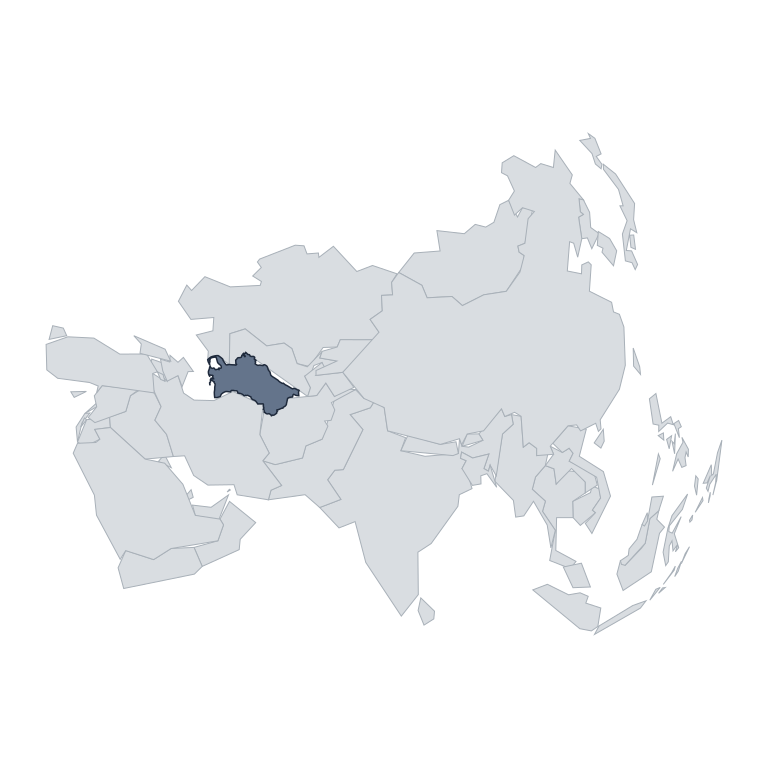 Turkmenistan on a map of Asia (orthographic projection)
{"feature_id": "TKM", "entity_name": "Turkmenistan", "entity_type": "country or territory", "adm_level": 0, "iso_a3": "TKM", "parent_name": "Asia", "parent_adm1": "", "projection": "orthographic", "projection_center": [58.325, 38.975], "detail": "fine", "context": "in_parent", "style": "filled", "palette": "slate", "viewbox_px": 768, "rotation_deg": 0, "n_neighbors": 45, "source": "natural_earth", "source_scale": "50m", "svg_char_len": 17934}
<svg xmlns="http://www.w3.org/2000/svg" viewBox="0 0 768 768"><path d="M397.0,273.8L391.6,282.4L392.6,294.9L381.5,295.4L382.3,310.8L370.1,319.4L379.0,332.2L377.3,339.8L340.3,339.7L337.2,347.0L323.1,347.5L309.6,366.5L297.1,363.6L291.9,348.6L284.1,343.1L266.7,345.9L245.2,328.9L229.9,333.7L229.3,364.6L217.8,355.7L207.7,359.7L208.3,351.2L196.3,335.0L212.9,330.8L213.8,317.5L190.9,319.4L178.4,301.3L186.8,285.1L191.6,290.5L204.9,276.7L230.3,286.9L260.2,285.4L261.4,281.5L252.7,276.0L261.3,267.5L257.4,262.0L259.6,259.1L295.2,245.2L304.0,245.8L307.0,253.9L318.4,253.0L318.9,257.4L333.4,246.3L356.8,271.5L372.5,265.5L397.0,273.8Z" fill="#d9dde1" stroke="#a8b0b8" stroke-width="1"/><path d="M229.3,364.6L229.9,333.7L245.2,328.9L266.7,345.9L284.1,343.1L291.9,348.6L297.1,363.6L307.3,366.8L322.2,351.3L319.8,358.0L336.9,361.0L329.9,368.2L322.5,368.7L322.0,362.5L313.9,365.5L310.1,376.1L304.7,376.2L310.5,387.7L307.7,396.5L246.1,352.7L236.4,364.7L229.3,364.6Z" fill="#d9dde1" stroke="#a8b0b8" stroke-width="1"/><path d="M716.4,481.8L716.4,481.3L712.9,495.1L715.6,482.7L716.3,474.2L709.8,484.2L708.0,491.4L706.3,488.1L710.4,475.5L707.1,482.9L703.2,483.3L711.3,464.7L711.7,475.4L713.4,473.9L717.5,452.8L721.9,440.1L716.7,480.6L716.4,481.8ZM681.5,561.2L678.2,571.3L674.7,576.6L677.7,568.3L681.5,561.2ZM708.4,502.9L708.9,498.6L710.3,492.2L710.1,495.9L708.4,502.9ZM658.8,510.7L656.8,519.3L664.5,527.1L659.5,533.3L651.3,571.8L623.1,590.5L616.9,574.1L620.4,560.7L625.1,565.3L641.4,548.3L645.2,543.3L649.9,518.6L658.8,510.7ZM695.2,512.3L702.5,497.5L703.0,500.6L695.2,512.3ZM692.0,519.9L689.9,522.1L689.5,520.3L692.7,515.0L692.0,519.9ZM695.8,475.8L698.2,478.9L696.6,495.2L694.5,486.1L695.8,475.8ZM672.0,515.6L687.6,494.0L682.4,509.4L669.3,525.9L668.8,531.6L672.2,533.1L681.2,516.6L674.3,533.7L678.7,547.7L675.4,551.8L677.7,544.3L673.0,550.8L672.0,540.8L669.3,545.9L668.3,561.8L665.7,565.6L663.1,552.2L667.9,528.2L672.0,515.6ZM665.2,587.5L658.6,593.3L662.6,587.9L665.2,587.5ZM663.3,584.4L671.7,572.6L675.3,566.1L674.2,570.2L663.3,584.4ZM655.8,589.3L660.2,587.4L649.8,600.2L655.8,589.3ZM599.1,625.9L632.8,605.5L646.0,600.8L640.4,608.1L594.5,634.4L599.1,625.9ZM585.8,603.1L600.8,608.0L597.8,626.5L591.4,630.9L579.8,628.7L532.8,589.9L547.4,584.3L568.6,594.8L580.1,592.8L588.2,596.3L585.8,603.1Z" fill="#d9dde1" stroke="#a8b0b8" stroke-width="1"/><path d="M681.3,563.7L685.2,553.6L689.5,546.7L681.3,563.7Z" fill="#d9dde1" stroke="#a8b0b8" stroke-width="1"/><path d="M89.9,413.0L81.9,423.0L77.5,442.1L76.1,427.0L84.9,413.4L89.9,413.0Z" fill="#d9dde1" stroke="#a8b0b8" stroke-width="1"/><path d="M96.7,406.8L85.1,413.3L96.3,403.3L96.7,406.8Z" fill="#d9dde1" stroke="#a8b0b8" stroke-width="1"/><path d="M86.6,419.7L80.7,427.1L84.4,418.0L86.6,419.7Z" fill="#d9dde1" stroke="#a8b0b8" stroke-width="1"/><path d="M86.6,419.7L109.6,416.9L110.4,427.5L94.7,429.4L99.9,439.2L84.8,446.6L77.5,442.1L86.6,419.7Z" fill="#d9dde1" stroke="#a8b0b8" stroke-width="1"/><path d="M192.5,505.1L211.1,507.3L228.5,494.9L218.4,520.8L195.3,515.4L192.5,505.1Z" fill="#d9dde1" stroke="#a8b0b8" stroke-width="1"/><path d="M186.9,500.5L186.8,494.6L191.1,489.7L193.2,497.3L186.9,500.5Z" fill="#d9dde1" stroke="#a8b0b8" stroke-width="1"/><path d="M164.4,454.3L171.3,467.7L158.3,461.6L164.4,454.3Z" fill="#d9dde1" stroke="#a8b0b8" stroke-width="1"/><path d="M110.4,427.5L109.6,416.9L125.8,411.4L130.4,395.7L141.5,389.0L154.2,392.9L161.1,406.6L154.9,420.2L166.6,434.4L173.4,456.5L145.1,459.1L110.4,427.5Z" fill="#d9dde1" stroke="#a8b0b8" stroke-width="1"/><path d="M220.0,519.1L229.5,501.4L255.7,522.6L240.2,539.3L239.2,549.6L202.2,566.4L194.0,547.4L217.9,540.8L223.5,524.9L220.0,519.1ZM230.3,490.0L227.1,492.0L229.4,489.3L230.3,490.0Z" fill="#d9dde1" stroke="#a8b0b8" stroke-width="1"/><path d="M573.1,517.6L572.7,501.4L590.5,492.6L591.9,485.9L599.5,489.0L600.6,498.1L592.4,510.1L595.5,512.7L580.3,525.4L573.1,517.6Z" fill="#d9dde1" stroke="#a8b0b8" stroke-width="1"/><path d="M585.3,492.9L572.7,501.4L573.1,517.6L556.6,517.6L555.8,550.5L576.0,561.4L570.3,568.6L549.7,560.5L555.3,530.3L542.5,511.4L545.4,501.2L532.3,489.3L535.5,477.0L545.3,465.6L554.0,468.8L556.2,484.1L567.2,470.7L577.3,471.8L585.3,482.1L585.3,492.9Z" fill="#d9dde1" stroke="#a8b0b8" stroke-width="1"/><path d="M597.3,485.1L585.3,492.9L585.3,482.1L571.5,468.5L556.2,484.1L554.0,468.8L545.3,465.6L553.6,454.3L550.2,446.2L562.3,452.5L569.1,448.2L573.1,453.3L569.2,461.2L594.1,473.1L597.3,485.1Z" fill="#d9dde1" stroke="#a8b0b8" stroke-width="1"/><path d="M545.3,465.6L535.5,477.0L532.3,489.3L545.4,501.2L542.5,511.4L555.3,530.3L550.9,547.9L547.2,525.0L533.5,501.3L523.8,515.9L515.7,517.1L513.4,500.4L494.9,481.3L502.5,434.0L513.2,424.2L511.5,414.6L521.1,416.3L523.3,447.2L529.1,442.7L536.7,448.4L536.7,455.6L548.4,451.4L545.3,465.6Z" fill="#d9dde1" stroke="#a8b0b8" stroke-width="1"/><path d="M585.3,523.4L595.5,512.7L592.4,510.1L600.6,498.1L596.6,477.2L569.2,461.2L573.1,453.3L569.1,448.2L562.3,452.5L552.8,443.3L568.0,425.8L586.3,429.1L579.3,456.3L603.4,471.6L610.5,496.1L591.9,533.5L585.3,523.4Z" fill="#d9dde1" stroke="#a8b0b8" stroke-width="1"/><path d="M583.4,199.8L589.6,212.3L590.7,227.5L599.1,233.6L591.8,248.7L587.4,237.9L581.8,238.7L580.7,231.6L578.6,217.2L583.4,214.4L580.3,211.8L579.0,198.7L583.4,199.8Z" fill="#d9dde1" stroke="#a8b0b8" stroke-width="1"/><path d="M597.3,245.4L598.3,231.5L609.6,238.5L616.7,250.8L613.5,265.8L602.0,252.2L603.0,248.2L597.3,245.4Z" fill="#d9dde1" stroke="#a8b0b8" stroke-width="1"/><path d="M398.7,272.5L414.2,253.0L440.1,251.0L436.9,230.6L464.3,233.7L475.2,224.4L485.7,227.1L493.9,222.3L499.9,204.6L508.6,200.3L517.5,217.0L522.5,207.7L532.8,208.9L524.9,243.3L517.9,246.1L519.1,252.1L524.2,255.6L523.0,266.0L506.3,291.3L483.8,294.8L462.4,305.6L452.0,296.5L427.1,297.8L421.9,285.3L398.7,272.5Z" fill="#d9dde1" stroke="#a8b0b8" stroke-width="1"/><path d="M511.5,414.6L513.2,424.2L502.5,434.0L496.3,475.9L490.1,465.1L488.4,471.2L483.9,468.6L488.9,454.0L472.6,458.0L461.6,452.1L460.5,458.3L466.2,460.7L462.0,468.6L466.5,469.2L472.0,488.6L459.3,494.7L457.9,506.3L431.2,543.5L417.9,552.2L418.3,594.6L401.3,616.1L365.8,562.5L355.1,521.6L339.0,527.9L319.7,507.5L340.9,499.4L327.6,479.8L334.8,470.2L343.3,469.6L362.9,429.6L350.1,414.6L370.3,407.8L375.3,399.6L384.2,407.6L387.6,430.8L405.6,437.7L400.9,450.7L425.0,456.3L458.4,453.5L459.5,438.7L462.1,446.3L468.7,447.1L482.9,440.3L478.9,433.9L501.5,408.8L504.8,416.5L511.5,414.6Z" fill="#d9dde1" stroke="#a8b0b8" stroke-width="1"/><path d="M490.1,465.1L496.7,487.3L486.9,473.7L480.8,475.8L481.0,483.9L472.4,485.4L462.0,468.6L466.2,460.7L460.5,458.3L461.6,452.1L472.6,458.0L488.9,454.0L483.9,468.6L488.4,471.2L490.1,465.1Z" fill="#d9dde1" stroke="#a8b0b8" stroke-width="1"/><path d="M478.9,433.9L482.9,440.3L462.1,446.3L467.2,434.0L478.9,433.9Z" fill="#d9dde1" stroke="#a8b0b8" stroke-width="1"/><path d="M456.0,441.8L458.4,453.5L452.9,455.6L400.9,450.7L408.0,435.0L440.4,444.4L456.0,441.8Z" fill="#d9dde1" stroke="#a8b0b8" stroke-width="1"/><path d="M375.3,399.6L370.3,407.8L350.1,414.6L362.9,429.6L343.3,469.6L334.8,470.2L327.6,479.8L340.9,499.4L319.7,507.5L305.1,494.7L268.4,499.8L271.0,490.2L281.6,485.5L262.8,460.8L275.2,464.6L302.5,458.0L305.9,445.9L322.2,439.1L334.8,398.4L355.5,389.6L364.0,398.5L375.3,399.6Z" fill="#d9dde1" stroke="#a8b0b8" stroke-width="1"/><path d="M287.2,398.6L316.7,395.5L325.8,383.0L334.5,396.5L342.8,388.8L355.5,389.6L331.4,402.6L334.8,410.0L331.1,420.3L324.6,421.0L327.9,426.1L322.2,439.1L305.9,445.9L302.5,458.0L275.2,464.6L262.8,460.8L269.2,453.1L259.8,434.6L263.9,412.1L276.1,413.7L287.2,398.6Z" fill="#d9dde1" stroke="#a8b0b8" stroke-width="1"/><path d="M307.7,396.5L310.5,387.7L304.7,376.2L322.0,362.5L325.0,368.1L316.0,375.4L342.8,372.3L353.9,387.4L334.5,396.5L325.8,383.0L316.7,395.5L307.7,396.5Z" fill="#d9dde1" stroke="#a8b0b8" stroke-width="1"/><path d="M322.2,351.3L337.2,347.0L340.3,339.7L377.3,339.8L342.8,372.3L316.0,375.4L316.0,370.5L336.9,361.0L319.8,358.0L322.2,351.3Z" fill="#d9dde1" stroke="#a8b0b8" stroke-width="1"/><path d="M173.4,456.5L166.6,434.4L154.9,420.2L161.1,406.6L151.6,385.7L152.7,373.5L164.8,381.1L178.0,375.6L183.6,393.1L194.0,400.1L214.0,400.6L232.9,391.5L263.1,405.1L259.8,434.6L269.2,453.1L262.8,460.8L281.6,485.5L271.0,490.2L268.4,499.8L237.2,494.8L234.0,484.7L207.9,485.1L193.7,475.5L184.6,455.8L173.4,456.5Z" fill="#d9dde1" stroke="#a8b0b8" stroke-width="1"/><path d="M88.2,417.5L96.7,406.8L94.3,395.8L102.2,385.6L138.5,389.8L130.4,395.7L125.8,411.4L94.9,422.6L88.2,417.5Z" fill="#d9dde1" stroke="#a8b0b8" stroke-width="1"/><path d="M167.2,381.2L151.0,366.2L151.7,359.1L163.6,363.3L167.2,381.2Z" fill="#d9dde1" stroke="#a8b0b8" stroke-width="1"/><path d="M154.2,392.9L102.2,385.6L96.6,392.8L98.2,386.0L89.5,382.5L57.7,378.3L46.8,369.9L46.1,344.4L67.9,336.8L93.9,338.1L119.8,354.1L146.6,354.0L157.4,371.8L152.7,373.5L154.2,392.9ZM52.7,325.7L63.3,328.1L66.7,335.7L49.1,339.4L52.7,325.7Z" fill="#d9dde1" stroke="#a8b0b8" stroke-width="1"/><path d="M434.5,611.2L433.8,618.9L424.0,625.1L418.1,610.5L420.8,597.9L434.5,611.2Z" fill="#d9dde1" stroke="#a8b0b8" stroke-width="1"/><path d="M600.9,448.1L594.2,442.9L603.3,429.3L604.2,441.2L600.9,448.1ZM342.8,372.3L379.0,332.2L370.1,319.4L382.3,310.8L381.5,295.4L392.6,294.9L391.6,282.4L398.7,272.5L421.9,285.3L427.1,297.8L452.0,296.5L462.4,305.6L483.8,294.8L506.3,291.3L520.0,272.0L524.2,255.6L519.1,252.1L517.9,246.1L524.9,243.3L528.1,218.7L534.4,211.5L522.5,207.7L514.5,215.1L508.6,200.3L514.4,191.0L507.5,175.8L501.5,172.7L502.2,162.8L513.8,155.7L535.6,167.5L540.8,163.6L553.4,167.5L555.2,150.1L572.3,174.9L569.9,183.4L583.4,199.8L579.0,198.7L580.3,211.8L583.4,214.4L578.6,217.2L581.8,238.7L577.7,257.2L573.7,243.2L569.6,241.7L567.3,271.0L581.5,273.8L581.8,264.9L588.3,261.9L591.2,264.8L589.4,291.2L611.6,302.3L613.5,311.9L619.4,314.3L623.9,327.0L625.3,365.3L619.4,389.3L600.2,419.8L601.0,428.8L598.4,431.4L595.7,423.3L580.6,430.9L576.6,424.9L568.0,425.8L550.2,446.2L553.6,454.3L536.7,455.6L536.7,448.4L529.1,442.7L523.3,447.2L521.1,416.3L514.6,412.3L504.8,416.5L501.5,408.8L483.6,430.8L467.2,434.0L461.6,444.8L459.5,438.7L440.4,444.4L387.6,430.8L384.2,407.6L364.0,398.5L342.8,372.3Z" fill="#d9dde1" stroke="#a8b0b8" stroke-width="1"/><path d="M633.2,348.0L639.7,366.8L640.5,374.4L633.6,366.1L633.2,348.0Z" fill="#d9dde1" stroke="#a8b0b8" stroke-width="1"/><path d="M170.0,355.3L178.0,362.3L183.4,357.4L193.4,371.5L188.1,371.6L182.1,386.7L178.0,375.6L167.2,381.2L162.8,371.0L160.5,359.2L169.7,362.0L170.0,355.3ZM164.8,381.1L160.6,379.4L157.4,371.8L163.1,374.6L164.8,381.1Z" fill="#d9dde1" stroke="#a8b0b8" stroke-width="1"/><path d="M133.8,335.7L165.1,349.2L170.7,361.2L140.0,353.3L141.3,344.0L133.8,335.7Z" fill="#d9dde1" stroke="#a8b0b8" stroke-width="1"/><path d="M663.8,440.1L658.2,435.6L663.4,432.9L663.8,440.1ZM674.6,453.8L672.0,441.3L674.2,443.7L675.4,433.6L674.6,453.8ZM681.9,437.3L688.4,449.2L688.2,457.0L686.1,452.0L685.0,457.6L686.1,465.6L681.8,467.4L678.1,459.0L672.6,471.3L676.7,453.7L683.0,442.2L681.9,437.3ZM660.2,458.7L652.4,485.1L658.4,453.9L660.2,458.7ZM655.9,393.5L661.9,423.2L670.7,416.7L673.3,424.7L667.6,423.1L658.7,431.5L658.8,425.2L653.1,424.0L649.4,398.8L655.9,393.5ZM669.2,448.8L666.6,439.4L671.6,435.7L669.2,448.8ZM678.6,420.5L681.3,426.7L678.4,428.6L679.4,437.7L673.9,423.6L678.6,420.5Z" fill="#d9dde1" stroke="#a8b0b8" stroke-width="1"/><path d="M563.3,567.0L581.4,563.2L590.4,587.0L573.0,587.7L563.3,567.0ZM658.8,510.7L649.9,518.6L645.2,543.3L625.1,565.3L621.5,564.4L620.4,560.7L628.3,555.4L629.1,548.9L637.0,539.3L642.1,524.5L647.5,520.9L651.9,497.0L663.4,496.2L658.8,510.7Z" fill="#d9dde1" stroke="#a8b0b8" stroke-width="1"/><path d="M647.3,512.7L647.5,520.9L644.5,526.0L642.1,524.5L647.3,512.7Z" fill="#d9dde1" stroke="#a8b0b8" stroke-width="1"/><path d="M615.6,174.0L634.6,203.5L633.6,219.7L636.8,232.7L630.5,228.8L626.3,250.5L631.6,250.9L637.6,264.5L635.2,269.6L632.0,262.7L625.4,260.9L622.4,234.0L627.1,220.7L619.9,205.8L623.1,205.8L618.5,189.4L603.5,169.4L603.3,164.2L615.6,174.0ZM590.5,138.4L588.3,133.6L594.9,138.3L601.1,153.9L596.2,156.4L601.9,164.3L601.1,168.8L595.4,164.0L592.0,153.6L579.8,140.4L590.5,138.4ZM630.9,247.3L629.7,235.2L633.7,235.0L635.5,249.3L630.9,247.3Z" fill="#d9dde1" stroke="#a8b0b8" stroke-width="1"/><path d="M194.0,547.4L202.2,566.4L194.4,574.1L123.7,588.5L118.1,567.8L125.7,550.6L153.6,559.6L171.1,548.5L194.0,547.4Z" fill="#d9dde1" stroke="#a8b0b8" stroke-width="1"/><path d="M77.5,443.3L95.8,442.5L99.9,439.2L94.7,429.4L110.4,427.5L145.1,459.1L164.7,463.2L182.9,484.3L195.3,515.4L220.0,519.1L223.5,524.9L217.9,540.8L171.1,548.5L153.6,559.6L125.7,550.6L120.2,559.3L96.5,515.2L94.4,495.1L73.2,453.2L77.5,443.3Z" fill="#d9dde1" stroke="#a8b0b8" stroke-width="1"/><path d="M86.4,391.4L74.2,397.4L70.8,391.8L86.4,391.4Z" fill="#d9dde1" stroke="#a8b0b8" stroke-width="1"/><path d="M229.4,364.5L231.0,364.7L232.5,364.8L234.4,364.9L234.9,365.0L235.6,365.1L235.9,365.1L236.2,364.8L236.4,364.6L236.6,364.4L236.5,364.2L236.3,364.1L235.9,363.6L235.8,361.7L235.7,360.2L236.1,359.7L236.6,359.3L237.3,358.3L237.7,357.9L238.3,357.7L240.2,357.6L241.0,357.4L241.3,357.1L241.7,356.2L241.8,355.5L242.1,355.2L242.3,354.9L242.6,354.9L243.2,355.1L243.6,355.3L243.9,355.4L244.2,355.7L244.5,356.1L244.5,356.4L244.6,356.6L244.8,356.6L245.0,356.6L245.2,356.3L245.1,356.2L244.8,355.6L244.0,354.6L243.4,354.2L243.2,353.9L243.1,353.7L243.5,353.4L243.8,353.2L244.4,353.4L245.1,353.4L245.5,353.3L245.8,352.5L246.7,353.3L247.6,354.3L247.9,354.5L248.6,354.6L249.1,354.6L249.4,354.7L249.6,354.9L250.1,356.0L250.6,356.3L251.2,356.5L253.1,356.4L253.7,356.5L254.2,356.9L254.5,357.1L254.7,357.3L254.6,357.5L254.5,357.8L254.5,358.3L254.5,358.8L254.3,359.0L254.4,359.3L255.3,359.7L255.7,360.1L255.9,360.3L256.0,360.5L255.8,360.7L255.4,360.6L255.2,360.9L255.2,361.4L255.5,361.9L255.6,362.3L255.4,362.7L255.2,363.3L255.2,363.7L255.3,364.0L256.0,364.4L257.7,365.4L258.0,365.4L259.6,365.1L260.3,365.1L260.7,365.3L261.9,365.4L262.3,365.5L262.7,365.5L263.2,365.5L263.6,365.0L263.7,364.9L263.9,364.8L264.2,364.7L265.2,365.0L266.2,365.6L266.9,366.2L267.2,366.7L267.7,367.8L268.2,369.6L268.9,370.8L269.6,371.3L270.1,372.5L270.7,374.9L271.0,375.4L271.3,375.7L272.1,376.4L273.8,377.5L274.8,378.1L276.4,379.2L277.8,380.1L279.3,381.6L279.6,381.8L280.9,382.6L282.3,383.4L283.3,383.2L284.8,384.4L285.4,384.9L285.7,385.0L286.8,385.5L288.5,386.5L290.8,387.9L292.2,388.7L292.6,388.8L293.0,388.8L293.4,388.5L293.8,388.3L294.6,388.5L295.4,388.8L295.9,389.0L296.6,389.4L297.1,389.7L297.5,389.9L298.7,390.1L298.9,390.3L299.1,390.5L298.5,392.0L298.6,393.6L298.7,394.8L298.8,395.7L298.5,395.7L297.7,395.6L296.0,395.4L294.6,394.7L293.7,394.3L293.2,394.7L292.9,395.2L292.8,396.0L292.5,397.0L290.8,397.2L289.4,397.4L288.5,397.8L287.6,398.4L287.5,399.0L287.3,399.8L286.9,401.7L286.5,403.4L286.4,404.4L286.0,405.2L285.1,406.2L283.9,406.9L283.3,407.3L283.1,407.7L283.0,408.0L282.8,408.2L282.3,408.1L281.8,408.2L280.7,408.7L279.5,409.2L278.1,409.7L277.3,409.8L276.9,409.9L276.8,410.1L277.0,410.6L277.1,410.9L277.3,411.3L276.9,411.7L276.7,412.3L276.6,413.3L276.1,413.6L275.3,414.2L274.4,414.9L274.1,415.0L273.6,415.2L273.1,415.2L272.6,415.1L272.1,415.3L271.6,415.8L271.3,415.7L271.2,415.2L270.9,414.9L270.0,414.2L269.3,413.7L268.9,413.6L268.3,413.8L267.5,413.9L266.8,413.8L266.2,413.6L265.4,412.9L265.1,412.5L264.8,412.3L264.3,412.4L264.1,412.0L264.1,411.6L264.2,411.2L264.1,410.3L263.8,409.6L263.4,409.4L263.5,409.2L263.6,408.7L263.8,408.3L263.8,407.6L263.5,406.7L263.4,405.5L263.4,404.4L263.0,403.8L260.3,403.9L257.8,404.0L257.7,403.8L256.7,402.4L255.9,401.3L255.1,400.6L253.3,399.8L252.5,399.5L251.8,398.9L251.2,398.2L251.0,397.3L250.9,397.0L250.7,396.7L250.3,396.7L248.3,395.6L247.5,395.3L246.7,395.5L246.4,395.6L245.7,395.3L244.9,395.7L244.6,395.7L244.1,395.6L243.8,395.5L242.7,394.5L241.9,394.1L241.3,393.8L240.1,393.4L238.8,393.2L238.2,393.1L237.7,392.9L237.6,392.7L237.6,392.3L237.6,391.9L237.5,391.5L237.1,391.1L236.7,390.8L235.9,390.8L234.8,390.8L233.9,390.5L233.3,390.4L232.4,390.4L231.7,390.4L231.2,390.6L231.0,390.9L230.8,391.7L230.6,391.8L230.3,391.9L229.9,391.8L229.1,391.8L227.7,391.6L226.0,391.5L224.7,391.9L223.6,392.5L222.6,393.1L221.4,394.1L221.1,394.6L220.3,396.4L220.0,396.6L219.6,396.8L219.2,396.9L218.4,397.1L217.3,397.5L216.6,397.6L214.7,397.5L214.6,396.9L214.4,394.7L214.3,392.5L214.4,391.5L214.7,389.5L214.7,388.5L214.7,387.6L214.8,386.7L215.0,385.7L215.1,384.7L215.1,384.0L214.7,383.4L214.2,382.6L214.1,382.2L214.1,381.7L213.5,381.6L213.0,381.1L212.6,380.8L211.8,380.5L211.3,380.4L210.9,380.6L210.6,381.1L210.4,380.4L210.4,379.6L211.2,378.2L211.7,378.7L212.2,378.9L212.9,378.9L213.6,378.8L213.5,378.3L213.2,378.0L212.8,377.8L212.7,377.1L212.8,376.4L213.0,375.8L212.8,375.5L212.5,375.3L211.7,375.3L210.8,375.1L209.8,374.9L209.5,375.7L210.0,376.7L209.6,376.2L209.2,375.5L208.7,374.3L208.4,372.9L208.4,371.4L208.8,370.2L209.3,369.0L209.6,367.5L210.1,366.1L210.4,366.8L210.7,367.4L211.2,368.0L211.5,368.1L212.4,368.4L213.0,368.3L213.6,368.0L214.2,368.2L214.7,368.8L215.1,369.5L215.8,369.7L217.2,369.3L217.9,369.2L218.4,369.4L218.7,369.5L219.0,369.5L218.8,368.8L218.7,368.2L219.1,368.0L220.1,368.3L220.9,368.1L221.0,368.0L221.2,367.9L221.3,367.4L221.3,366.9L221.2,366.4L221.0,365.9L220.6,365.3L218.7,363.8L218.1,363.2L217.6,362.4L217.3,361.4L217.0,360.3L216.8,359.5L216.2,357.6L216.0,357.3L215.7,357.2L214.9,357.1L214.1,357.2L212.7,357.5L212.0,357.3L211.6,357.5L210.7,358.2L210.3,358.9L209.6,360.4L210.0,360.9L210.0,361.2L209.5,363.5L209.7,364.6L209.4,364.4L209.0,363.3L208.2,361.8L207.7,359.7L209.0,358.4L210.2,357.5L211.1,356.9L211.4,356.8L212.6,356.4L214.2,356.0L215.3,355.8L216.8,355.6L217.3,355.6L218.1,355.6L218.6,355.9L219.0,356.1L220.2,357.0L221.4,357.9L222.5,358.9L222.8,359.3L222.9,359.8L223.0,360.2L223.9,361.7L224.3,362.4L224.8,363.2L225.2,363.7L225.6,364.2L225.9,364.6L226.2,364.8L226.6,364.9L227.5,364.8L228.5,364.6L229.1,364.5L229.4,364.5ZM210.0,384.9L209.9,385.3L209.7,384.1L209.6,382.8L209.8,382.4L210.1,382.5L209.8,382.9L210.0,384.9Z" fill="#64748b" stroke="#1e293b" stroke-width="1.5"/></svg>